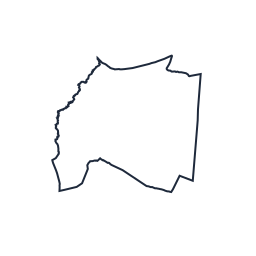 Kajiado Central, Rift Valley, Kenya (Albers equal-area conic projection), rotated 245°
{"feature_id": "3690345B79073906522262", "entity_name": "Kajiado Central", "entity_type": "district", "adm_level": 2, "iso_a3": "KEN", "parent_name": "Kenya", "parent_adm1": "Rift Valley", "projection": "albers", "projection_center": [36.936, -2.176], "detail": "fine", "context": "isolated", "style": "outline", "palette": "slate", "viewbox_px": 256, "rotation_deg": 245, "n_neighbors": 0, "source": "geoboundaries", "source_scale": "gbopen_adm2", "svg_char_len": 5553}
<svg xmlns="http://www.w3.org/2000/svg" viewBox="0 0 256 256"><g transform="rotate(245 128 128)"><path d="M130.9,45.8L129.9,45.6L127.8,45.3L120.1,44.9L117.0,44.6L108.6,43.1L106.9,42.7L106.4,42.6L106.2,42.5L105.8,42.3L105.1,41.8L103.2,41.0L99.9,39.3L98.9,43.8L96.3,56.6L97.3,63.0L105.9,72.2L107.9,74.3L111.5,75.4L112.7,77.1L112.9,77.3L113.4,78.6L113.5,79.0L113.9,79.6L112.9,82.1L112.8,83.0L112.5,84.4L112.0,84.9L112.0,85.3L112.0,85.5L111.2,86.2L111.3,87.0L112.3,89.9L111.1,90.4L110.3,91.0L110.1,91.0L109.8,91.3L109.5,91.7L109.4,91.9L109.0,91.9L108.9,92.3L105.8,94.4L105.1,94.7L104.8,95.3L104.7,95.8L104.2,96.2L102.5,96.8L101.9,97.2L101.3,97.6L92.1,105.3L67.5,120.3L66.3,122.2L66.0,122.4L65.5,122.9L64.6,123.9L64.4,124.8L64.1,125.1L63.4,125.7L62.6,126.4L62.1,126.8L61.7,127.4L61.6,127.9L60.4,129.5L59.8,130.4L59.2,131.1L58.3,132.4L56.6,134.3L55.6,135.1L54.0,136.8L53.8,137.2L53.4,137.9L53.2,138.3L52.5,139.0L51.7,140.1L53.6,143.0L62.9,154.6L52.8,164.4L100.2,191.4L105.5,194.4L115.3,199.3L146.2,216.7L148.8,206.7L148.9,205.8L149.1,205.4L149.5,205.1L151.0,205.0L151.7,204.6L153.0,203.8L153.3,203.5L155.8,200.1L156.1,199.7L157.0,197.7L158.1,196.8L158.3,196.4L158.4,195.5L158.5,195.3L158.8,194.9L159.2,194.7L159.5,194.3L160.6,191.5L161.1,191.1L161.9,190.8L162.3,190.3L162.6,189.7L163.1,188.9L164.2,188.2L164.9,188.0L165.8,188.3L166.5,189.4L168.3,192.1L170.2,194.3L172.6,196.4L174.5,198.2L174.8,198.3L175.1,198.2L175.2,197.7L175.3,195.5L175.3,190.3L176.0,183.0L176.1,180.6L176.9,176.8L177.1,174.4L180.4,157.5L182.9,149.6L183.9,146.9L184.7,145.3L185.1,145.0L185.3,144.6L185.8,143.2L186.4,141.7L186.6,141.0L186.7,140.8L187.4,140.2L188.0,139.4L189.0,138.2L190.1,137.2L190.3,137.1L190.8,137.0L192.6,135.9L194.4,135.1L195.9,134.1L196.7,133.3L197.7,132.4L198.1,132.1L200.5,131.3L202.4,130.5L203.1,130.4L203.5,130.2L203.8,130.2L204.3,130.0L203.4,129.6L203.0,129.6L202.8,129.7L201.9,130.2L201.7,130.3L201.5,130.2L201.0,129.9L200.7,129.9L200.2,130.2L199.9,130.3L199.7,130.2L199.4,129.9L199.0,129.3L198.9,129.1L198.6,129.1L197.9,129.4L197.6,129.4L197.1,128.7L196.9,128.4L196.9,128.2L197.0,127.5L197.0,127.2L196.7,126.5L196.7,126.2L196.8,125.4L196.8,124.9L196.2,124.3L195.9,123.7L195.7,123.1L195.5,122.3L195.4,121.4L195.3,121.2L195.1,121.2L194.9,121.2L194.9,120.8L195.0,120.6L195.1,120.3L194.9,120.2L194.3,120.2L193.9,120.1L193.9,119.9L194.0,119.0L193.9,118.8L193.6,118.7L193.2,118.7L192.8,118.3L192.5,118.0L192.4,117.5L192.4,116.3L192.3,115.7L192.2,115.1L192.0,114.7L191.8,114.5L191.6,114.3L190.9,113.9L190.5,113.4L189.8,113.1L189.5,112.8L189.4,112.4L189.4,111.8L189.3,111.2L189.0,110.6L188.7,110.4L187.9,110.2L187.9,109.8L187.8,109.5L187.6,109.5L187.3,109.8L187.1,109.6L186.9,109.2L187.0,109.0L187.5,108.6L187.2,108.2L187.8,107.6L188.6,107.2L188.9,106.8L189.1,106.1L189.4,105.7L189.4,105.4L189.2,105.1L189.2,104.2L188.6,103.7L188.4,103.4L188.4,103.0L188.5,102.6L188.6,102.1L188.5,101.6L188.4,101.4L188.2,101.2L188.1,101.4L187.9,101.7L187.7,101.7L187.0,101.6L186.4,101.7L186.2,101.7L185.5,100.7L185.4,100.6L184.9,100.7L184.3,100.8L183.7,100.8L182.9,100.6L182.7,100.5L182.6,100.3L182.5,100.1L182.8,99.8L182.8,99.6L182.5,99.4L182.2,99.3L182.1,99.2L181.9,98.5L181.3,97.6L180.7,97.0L180.3,96.5L180.3,96.2L180.5,95.5L180.5,94.7L180.5,94.4L180.4,94.2L179.9,93.9L179.9,93.7L180.1,93.2L180.0,92.9L180.0,92.6L179.9,92.4L179.5,92.4L179.3,91.7L179.0,91.2L178.8,91.2L178.5,91.4L178.3,91.4L177.9,91.4L176.9,91.5L176.7,91.4L176.6,91.0L175.9,89.9L175.8,89.3L175.7,89.1L175.3,88.9L175.0,88.6L174.9,88.5L174.9,88.2L175.0,88.1L175.9,87.6L176.0,87.3L176.0,87.0L176.0,86.8L175.8,86.8L175.1,86.9L174.9,86.7L175.0,86.3L175.3,85.9L175.7,85.6L176.1,85.0L175.9,84.9L175.4,84.8L175.0,84.7L174.5,84.4L174.4,84.2L174.5,83.8L174.5,83.6L174.3,83.5L174.1,83.5L173.7,83.3L173.0,83.3L173.0,83.1L173.2,82.8L173.3,82.5L173.2,82.3L172.8,82.2L172.5,81.9L172.5,81.7L173.1,81.4L173.3,81.1L172.6,80.7L172.4,80.4L172.6,80.3L172.4,79.9L172.6,79.4L172.3,78.7L172.6,77.6L172.4,77.2L172.2,77.3L172.1,77.1L172.2,76.9L172.1,76.7L172.3,76.6L172.6,76.1L172.6,75.9L172.5,75.6L172.7,74.9L172.5,74.4L172.6,74.2L172.5,73.8L172.7,73.6L172.6,73.4L172.3,73.1L172.2,72.8L172.3,72.7L172.6,72.6L172.7,72.3L172.8,71.8L172.3,71.5L172.3,71.3L172.1,71.1L171.9,71.1L171.8,71.4L171.5,71.4L170.5,70.9L170.3,71.2L170.1,71.0L169.6,70.8L169.3,70.3L169.1,70.3L169.0,70.0L168.6,69.5L168.4,69.5L168.1,69.9L168.0,69.7L168.0,69.4L167.7,69.5L167.5,69.4L167.4,69.2L167.5,69.0L167.6,68.8L167.4,68.6L167.0,68.5L167.0,68.2L166.8,68.3L166.6,68.1L166.3,68.4L165.6,67.8L165.4,67.8L164.9,67.6L164.5,67.8L164.4,67.7L164.2,67.6L164.0,67.4L163.8,67.2L163.4,66.9L163.1,66.8L162.9,66.8L162.5,66.8L162.3,66.4L162.2,66.3L161.8,66.4L161.7,66.3L162.0,65.9L161.7,65.2L161.8,65.0L161.7,64.8L161.5,64.7L161.3,64.7L160.9,64.3L160.9,64.0L161.1,63.7L160.6,63.6L160.2,63.4L159.7,63.5L159.4,63.2L159.2,63.2L159.0,62.8L158.4,62.5L158.1,62.6L157.6,62.7L157.4,62.8L157.2,63.0L156.8,63.1L156.5,63.3L155.6,63.3L155.2,63.4L154.5,63.2L154.2,63.0L153.6,62.7L153.1,62.7L152.6,62.4L152.6,62.1L152.4,61.9L152.2,61.9L151.1,62.0L150.6,62.1L150.1,61.6L149.9,61.6L149.7,61.4L150.0,60.9L150.1,60.5L150.0,60.3L149.8,60.1L149.3,59.8L149.1,59.9L149.0,59.7L148.6,59.6L148.4,59.5L148.2,59.5L147.9,59.1L147.9,58.6L147.8,58.2L147.9,57.9L148.1,57.7L148.2,57.4L147.9,57.2L147.7,57.1L147.2,57.0L146.8,56.7L146.5,56.6L146.2,56.7L144.9,56.7L144.6,56.8L144.1,56.9L143.3,57.2L141.7,57.1L140.8,56.9L140.5,56.7L139.2,56.4L138.1,55.9L136.2,55.0L135.9,55.2L135.5,55.2L135.2,55.1L134.4,54.4L134.1,54.4L133.9,54.4L133.8,54.2L131.2,49.8L130.9,45.8Z" fill="none" stroke="#1e293b" stroke-width="2"/></g></svg>